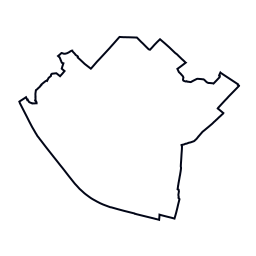 outline of Saligny, Constanta, Romania, rotated 2°
{"feature_id": "2599482B25474016101343", "entity_name": "Saligny", "entity_type": "district", "adm_level": 2, "iso_a3": "ROU", "parent_name": "Romania", "parent_adm1": "Constanta", "projection": "mercator", "projection_center": [28.101, 44.301], "detail": "fine", "context": "isolated", "style": "outline", "palette": "ink", "viewbox_px": 256, "rotation_deg": 2, "n_neighbors": 0, "source": "geoboundaries", "source_scale": "gbopen_adm2", "svg_char_len": 5123}
<svg xmlns="http://www.w3.org/2000/svg" viewBox="0 0 256 256"><g transform="rotate(2 128 128)"><path d="M236.3,80.4L228.6,75.7L220.9,71.0L218.5,69.5L218.4,69.4L217.4,71.8L217.3,72.2L217.5,72.2L218.0,72.7L217.9,73.7L217.7,74.1L214.8,77.4L211.9,80.6L211.4,80.4L210.0,80.3L208.5,80.2L207.0,80.2L205.9,79.9L205.2,79.5L204.9,79.3L204.2,78.7L202.5,77.1L201.6,76.7L200.7,76.7L199.9,76.6L197.9,76.5L195.8,76.4L195.0,76.6L191.9,78.3L190.0,79.4L189.8,79.6L189.1,79.9L188.7,79.9L187.0,79.7L185.6,79.6L185.3,79.5L185.0,79.2L184.5,79.4L184.1,79.5L183.3,79.3L182.3,79.0L181.6,78.6L181.3,77.9L181.5,75.9L181.6,75.5L181.5,75.3L181.1,74.5L181.0,74.4L180.8,74.1L180.3,73.6L179.2,72.5L179.2,72.4L178.8,72.0L176.9,70.3L176.8,70.2L176.1,68.7L175.3,67.2L178.0,65.1L181.2,62.5L182.3,61.6L183.2,60.9L183.4,60.7L183.2,60.6L182.5,59.9L181.6,59.1L180.7,58.3L180.1,57.8L179.7,57.5L178.7,56.6L177.7,55.7L176.7,54.8L175.7,53.9L175.0,53.2L174.3,52.6L173.5,52.0L173.2,51.9L172.2,51.1L169.3,48.5L166.4,45.9L161.7,42.0L156.9,38.2L154.1,41.1L151.4,44.1L149.6,46.3L147.7,48.5L147.3,49.0L147.2,49.0L145.9,48.6L144.7,47.5L143.5,46.4L143.6,46.5L139.9,43.0L139.1,42.3L139.0,42.2L138.7,42.0L137.2,40.6L134.7,38.2L133.7,37.3L132.8,37.3L126.5,37.3L119.4,37.4L116.4,37.3L115.9,37.8L109.4,45.7L109.1,46.0L108.9,46.2L108.7,46.6L108.2,47.1L107.1,48.5L100.9,55.7L96.5,60.8L96.2,61.1L94.7,62.8L91.8,66.4L89.2,69.6L88.8,70.0L85.7,67.8L82.5,65.5L79.9,63.2L77.6,61.2L75.3,59.3L75.5,58.6L75.3,58.2L74.8,57.8L73.9,57.3L73.1,56.8L72.7,56.2L72.2,55.7L72.0,55.4L71.7,55.2L71.3,54.7L70.8,54.3L70.4,53.9L70.0,53.4L69.9,53.3L69.5,52.8L69.5,52.6L69.3,52.6L68.6,52.9L67.9,53.3L67.3,53.7L66.8,54.1L65.6,54.8L64.5,55.4L63.5,55.7L62.5,56.0L62.0,56.0L61.4,56.0L60.8,55.9L60.3,55.7L59.6,55.5L58.9,55.4L57.3,57.0L55.6,58.5L56.4,59.2L57.2,59.8L57.8,61.1L58.0,61.5L58.2,62.0L58.3,62.4L58.4,62.5L58.5,62.7L58.6,62.9L59.3,64.5L59.6,65.1L61.2,65.6L60.4,68.3L59.7,71.0L60.4,71.6L61.2,72.2L61.4,72.4L61.8,72.7L62.0,72.8L62.6,73.3L60.5,76.0L58.3,78.6L56.7,77.4L56.4,77.2L54.5,75.8L54.4,75.8L52.3,76.1L50.2,76.4L49.3,77.2L49.1,78.8L48.0,79.7L46.9,80.7L46.2,82.2L45.5,83.7L45.0,83.4L44.7,83.7L44.0,84.0L42.0,85.7L40.1,87.4L39.9,87.6L39.4,88.3L39.6,88.4L39.0,89.1L38.4,89.9L36.6,91.6L36.3,92.0L34.8,93.4L34.7,93.4L34.6,93.6L34.6,94.1L34.5,94.5L34.5,94.9L34.4,95.7L34.3,96.5L34.3,98.1L34.4,98.9L34.4,99.0L34.4,99.3L34.4,99.5L34.4,99.8L34.4,100.2L34.5,100.3L34.4,100.5L34.5,101.4L34.6,102.3L34.6,102.5L34.4,102.9L34.3,103.3L34.3,103.6L34.2,103.7L34.2,103.8L34.5,104.1L34.9,104.5L35.0,104.2L35.3,104.8L35.6,105.3L35.8,106.1L35.7,106.2L35.7,106.3L35.7,106.5L35.2,106.5L33.3,106.7L31.5,106.8L31.4,106.8L31.3,106.6L31.2,106.5L30.1,106.3L29.1,105.9L28.3,105.5L27.8,104.9L27.5,104.5L27.3,104.1L27.0,103.6L26.7,103.0L26.3,103.1L26.2,103.2L26.0,102.8L25.0,100.8L23.5,101.9L18.9,105.1L18.5,105.4L18.8,106.1L19.1,107.0L22.9,113.8L26.7,120.6L29.1,125.0L31.6,129.4L32.3,130.6L33.7,132.8L35.2,135.2L36.0,136.5L36.5,137.2L36.9,137.8L37.2,138.3L37.5,138.8L37.8,139.2L38.1,139.6L38.4,139.9L39.5,141.2L40.0,141.9L41.7,143.9L45.8,148.9L50.0,153.9L55.0,159.8L58.6,164.0L61.2,167.1L63.9,170.2L67.4,174.4L70.9,178.6L73.8,182.0L76.8,185.5L79.3,188.0L81.7,190.5L82.9,191.5L84.1,192.5L85.5,193.7L86.8,194.8L88.3,195.9L89.9,197.0L91.8,198.3L93.8,199.6L96.0,200.8L98.2,201.9L99.5,202.6L100.4,203.0L102.7,204.1L105.2,205.1L106.2,205.5L106.6,205.6L107.7,206.0L113.1,207.8L113.6,207.8L114.1,207.9L114.6,208.0L115.8,208.3L120.7,209.5L127.2,211.0L132.4,212.1L137.6,213.2L137.8,213.5L139.1,213.7L139.3,213.8L145.0,215.0L150.8,216.2L156.6,217.4L162.3,218.7L162.5,215.4L162.5,213.5L164.9,214.1L169.9,215.2L172.3,215.7L174.7,216.2L177.6,216.9L178.4,213.8L178.5,213.4L179.1,210.9L179.5,209.0L179.8,207.6L180.2,205.7L180.5,204.1L180.8,202.6L181.5,199.3L181.9,197.5L181.9,197.3L181.9,197.2L181.7,197.0L181.1,196.4L180.9,196.1L181.1,195.8L181.1,195.4L181.0,194.8L180.8,193.9L180.7,193.2L180.7,192.5L180.8,192.0L181.1,189.4L181.0,189.2L180.9,188.8L180.8,188.2L180.7,187.8L180.6,187.7L180.4,187.6L179.9,187.6L179.7,187.5L179.9,185.8L180.1,184.1L180.1,183.6L180.2,183.4L180.5,180.7L180.6,180.4L180.7,179.4L180.9,178.2L181.4,174.5L181.7,172.8L181.7,172.6L181.9,171.0L182.1,169.5L182.3,167.5L182.4,166.2L182.3,165.4L182.2,165.1L182.1,164.6L182.1,163.0L182.2,160.1L182.3,157.2L182.4,152.9L182.6,147.3L182.6,146.1L182.6,145.9L182.6,144.5L182.4,144.1L182.2,143.8L182.1,143.1L183.2,142.8L184.5,142.5L186.1,141.7L187.1,141.6L188.4,141.0L189.3,140.6L190.2,140.4L191.0,140.2L192.8,139.5L194.3,138.9L194.6,138.7L194.9,138.5L195.6,137.7L196.3,137.1L197.2,136.1L198.0,135.0L198.7,134.0L198.8,134.0L199.3,133.3L199.4,133.2L202.6,129.2L204.8,127.3L205.9,126.3L208.5,124.0L211.7,121.1L211.8,121.0L212.5,120.3L213.8,118.9L215.1,117.7L215.7,117.0L216.2,116.6L218.5,114.2L219.0,113.7L219.9,112.9L220.9,111.8L221.9,110.9L222.1,110.7L222.4,110.4L222.5,110.2L222.5,109.9L222.7,109.7L221.9,109.1L217.8,105.9L217.0,105.4L217.3,104.8L219.2,102.6L223.5,97.6L224.2,96.8L226.3,94.5L226.3,94.4L227.5,93.0L229.5,90.8L232.7,87.3L233.7,86.2L236.6,83.0L236.9,82.6L237.5,82.0L237.5,81.8L236.2,81.1L236.2,80.8L236.3,80.4Z" fill="none" stroke="#020617" stroke-width="2"/></g></svg>